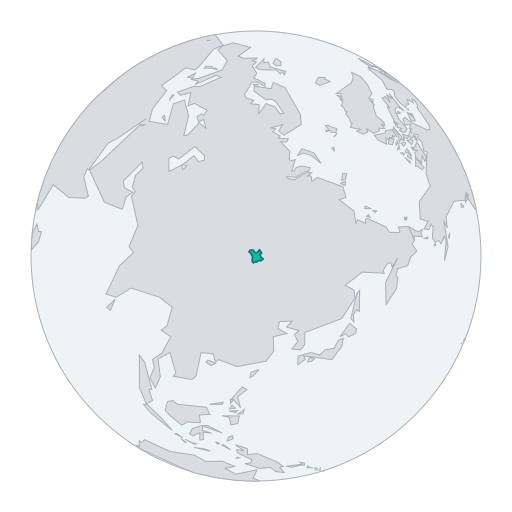 Dzavhan highlighted on a globe, orthographic projection, rotated 48°
{"feature_id": "MNG-3318", "entity_name": "Dzavhan", "entity_type": "Province", "adm_level": 1, "iso_a3": "MNG", "parent_name": "Mongolia", "parent_adm1": "", "projection": "orthographic", "projection_center": [96.384, 48.303], "detail": "fine", "context": "on_globe", "style": "filled", "palette": "teal", "viewbox_px": 512, "rotation_deg": 48, "n_neighbors": 0, "source": "natural_earth", "source_scale": "10m", "svg_char_len": 13800}
<svg xmlns="http://www.w3.org/2000/svg" viewBox="0 0 512 512"><g transform="rotate(48 256 256)"><circle cx="256" cy="256" r="225" fill="#eef3f6" stroke="#a8b0b8"/><path d="M367.7,60.4L368.2,61.9L354.7,59.8L352.5,57.2L349.5,57.4L352.1,60.9L354.5,63.2L347.8,72.2L354.1,88.6L363.2,95.2L355.6,93.0L377.6,107.1L385.6,119.1L372.2,104.8L367.5,102.9L370.7,110.3L366.6,110.0L365.8,113.7L360.5,112.8L353.1,105.1L349.6,104.5L352.1,109.9L348.4,112.8L345.2,104.9L338.5,109.3L324.9,98.3L320.7,79.7L308.8,74.7L293.0,59.2L290.1,60.7L282.2,56.5L276.0,56.9L274.8,54.4L270.8,57.0L273.1,59.3L272.1,61.3L268.6,61.9L266.5,58.6L267.9,57.8L265.5,57.2L266.0,55.3L263.8,56.6L261.7,52.8L258.6,57.5L252.6,55.3L252.6,52.6L259.4,51.6L276.2,44.7L278.3,42.5L274.5,39.8L253.0,36.9L252.5,35.3L246.9,34.0L244.0,35.1L247.4,36.7L240.7,38.9L245.6,41.0L243.6,42.4L246.0,45.5L238.3,46.5L229.6,45.9L227.3,43.6L223.4,43.4L219.6,47.1L209.6,44.7L193.0,47.0L191.2,46.5L198.4,42.2L213.3,38.0L222.6,34.4L209.2,38.4L204.9,37.9L201.1,38.7L197.0,39.9L195.7,40.9L192.7,41.3L204.9,37.0L207.8,36.5L203.9,37.7L210.9,36.0L219.1,33.9L216.3,34.3L220.5,33.5L237.4,31.5L254.3,30.7L271.2,31.2L288.1,33.0L304.7,36.1L321.1,40.3L337.2,45.8L352.7,52.5L367.7,60.4ZM458.8,158.4L457.3,156.0L457.0,154.8L458.8,158.4ZM457.1,156.3L457.5,156.8L457.3,156.8L457.1,156.3ZM457.5,157.6L457.2,156.7L457.7,158.0L457.5,157.6ZM458.3,159.7L457.8,158.4L457.9,158.7L458.3,159.7ZM458.7,162.0L458.7,162.5L458.1,161.0L458.7,162.0ZM356.3,64.4L352.6,61.0L351.7,58.3L355.3,61.0L356.3,64.4ZM357.2,70.7L354.3,68.8L357.9,68.0L358.5,69.3L357.2,70.7ZM370.6,100.3L368.4,96.5L372.0,100.3L370.6,100.3ZM366.6,114.3L368.5,115.6L367.3,117.0L366.6,114.3ZM250.0,44.9L248.0,45.2L248.6,44.4L250.0,44.9ZM252.9,46.0L255.0,44.9L256.7,45.3L255.3,46.0L252.9,46.0ZM358.1,117.1L355.5,119.1L356.9,115.6L358.1,117.1ZM249.9,47.3L259.4,46.2L262.3,47.0L259.7,50.3L249.9,47.3ZM353.1,119.4L346.9,125.0L350.7,128.1L336.4,122.8L346.4,119.6L347.5,114.7L349.6,118.4L353.1,119.4ZM275.3,59.8L272.7,57.3L278.1,58.9L275.3,59.8ZM279.0,60.3L296.8,63.1L298.9,67.3L292.5,65.3L297.7,70.7L289.9,71.3L285.3,68.5L285.5,65.6L282.3,68.2L279.0,60.3ZM329.5,119.3L326.8,119.6L328.2,117.8L329.5,119.3ZM272.1,62.2L275.5,62.2L277.5,65.8L271.0,66.4L272.4,65.0L272.1,62.2ZM302.9,71.9L303.2,74.9L297.0,76.1L296.3,77.5L289.9,71.7L302.9,71.9ZM270.2,64.5L267.6,66.7L263.5,65.6L268.9,62.4L270.2,64.5ZM280.8,66.6L281.4,68.4L278.9,67.5L280.8,66.6ZM247.5,63.6L251.5,63.2L252.9,65.0L247.5,63.6ZM266.9,67.6L268.4,68.0L269.4,68.7L266.9,69.9L266.9,67.6ZM285.9,73.2L283.2,73.2L288.2,75.6L283.7,76.9L280.3,72.8L279.9,75.1L278.5,75.6L277.2,71.9L285.9,73.2ZM267.4,73.5L261.4,69.2L253.6,69.3L252.1,67.6L265.0,67.9L267.4,73.5ZM273.3,72.8L269.3,72.8L269.5,70.6L272.4,69.2L273.3,72.8ZM282.0,79.3L289.7,78.3L290.2,79.3L282.0,79.3ZM265.0,73.9L266.5,74.9L264.5,74.2L265.0,73.9ZM276.7,78.0L279.4,77.5L279.9,78.6L276.7,78.0ZM267.3,77.6L265.4,76.2L267.2,75.1L267.3,77.6ZM271.6,78.1L271.6,79.8L269.1,75.6L272.7,77.7L271.6,78.1ZM276.7,79.2L277.9,79.6L275.5,79.2L276.7,79.2ZM261.2,82.6L257.6,77.6L261.8,75.2L264.7,80.3L261.2,82.6ZM59.5,145.8L64.1,138.3L77.4,139.3L73.9,149.2L77.2,172.4L76.5,177.1L69.2,182.3L66.2,212.4L73.3,211.7L77.4,234.4L84.5,245.2L99.1,233.6L87.6,215.5L92.3,204.7L107.0,212.7L118.2,229.2L120.4,225.6L119.0,209.3L127.4,207.7L119.3,203.3L118.2,209.1L113.1,206.8L113.7,201.4L116.7,200.9L115.0,194.8L101.4,199.6L99.0,206.0L90.9,195.1L86.0,204.8L81.8,204.6L88.5,188.1L92.3,184.8L99.9,162.5L95.1,164.8L87.7,186.3L87.4,182.1L81.0,186.1L85.7,179.8L95.1,156.5L91.7,146.6L77.3,146.5L77.5,140.3L82.1,130.6L97.5,120.3L95.5,135.5L100.9,132.8L110.0,122.3L108.6,128.0L112.1,125.9L112.1,131.5L120.8,133.2L122.1,138.5L133.8,133.6L136.0,135.9L128.5,138.0L124.0,142.6L128.4,156.6L131.7,157.6L138.9,153.5L139.2,158.2L145.6,152.4L152.2,158.7L149.5,146.5L157.9,142.1L166.4,143.1L168.6,139.7L154.9,138.1L149.8,139.5L146.3,144.1L132.1,147.1L128.8,143.6L141.8,132.8L138.6,127.0L150.2,121.8L180.2,128.2L188.5,134.3L185.0,154.3L178.3,155.4L176.2,148.5L170.6,159.3L174.7,156.2L174.9,160.4L183.0,157.8L183.6,160.6L190.3,153.5L191.9,156.8L187.6,161.2L200.9,160.8L206.5,166.9L209.2,165.5L210.6,162.3L216.7,172.4L218.4,171.0L217.1,167.1L219.7,161.8L226.7,156.6L228.5,160.4L226.2,162.7L224.0,173.8L217.6,179.9L219.0,181.0L225.0,176.6L227.7,163.1L231.4,158.9L231.1,165.2L231.5,162.6L233.9,161.8L237.9,164.6L238.7,157.8L262.7,145.1L272.8,149.9L269.8,156.5L288.4,153.2L298.4,159.9L297.1,156.1L305.2,152.6L302.2,150.5L302.2,148.4L321.6,139.8L327.5,141.1L334.4,134.1L333.7,132.3L329.7,130.8L336.4,122.8L350.7,128.1L351.4,131.9L359.9,133.1L360.3,141.7L364.6,149.7L360.2,159.2L364.0,165.1L366.9,164.9L374.2,173.3L379.2,191.8L362.4,177.4L352.3,152.0L355.3,162.1L350.9,160.2L349.6,164.2L352.0,171.6L354.7,172.2L339.1,187.8L337.4,209.4L346.8,205.8L353.5,210.4L359.8,234.2L345.6,270.8L354.5,279.2L355.6,285.7L349.2,291.4L347.4,282.0L340.1,280.0L340.0,274.1L329.2,280.9L328.6,272.7L320.4,282.4L324.5,288.2L334.3,284.9L327.5,297.4L338.6,306.4L340.8,319.1L325.4,344.2L308.2,353.0L307.3,356.9L300.0,353.3L291.0,361.5L305.1,380.7L304.9,386.3L290.0,398.0L289.5,394.0L270.2,384.5L267.0,397.8L281.7,407.9L286.7,419.2L275.6,416.2L270.5,405.9L263.6,402.2L265.2,391.0L258.9,373.3L247.7,376.1L248.3,368.8L238.0,352.5L221.7,355.5L196.1,370.4L193.0,387.7L183.9,392.9L171.9,363.7L171.5,344.8L164.0,344.0L154.2,323.2L128.3,308.7L127.4,302.5L121.9,301.7L115.5,291.4L115.2,281.3L110.0,277.8L111.5,304.4L117.4,308.2L126.2,304.8L125.2,312.8L131.8,324.1L114.5,332.7L80.7,322.2L82.1,308.0L80.9,255.8L83.6,252.7L83.8,252.1L84.0,251.2L79.1,255.3L80.4,245.5L76.0,279.0L73.2,290.5L80.1,322.6L78.3,323.1L82.0,331.2L99.5,340.6L98.5,344.5L87.4,355.8L67.3,359.1L72.7,376.6L75.9,387.2L69.5,382.0L75.0,390.1L65.0,375.4L56.2,360.1L48.6,344.0L42.3,327.4L37.4,310.4L33.8,293.0L31.6,275.4L31.0,266.0L31.4,258.0L31.7,249.7L31.4,243.4L32.2,233.6L32.5,228.9L33.3,221.9L36.3,206.0L40.5,190.4L45.8,175.1L52.1,160.2L59.5,145.8ZM65.4,145.4L63.3,147.7L63.3,147.8L65.4,145.4ZM125.0,255.2L134.9,264.2L138.8,250.2L142.9,252.7L142.8,247.2L139.1,249.2L139.9,235.0L147.2,235.7L150.3,230.3L147.1,227.1L133.7,228.2L132.3,248.4L126.5,250.6L125.0,255.2ZM204.2,38.1L203.1,38.5L198.8,39.6L200.5,38.9L204.2,38.1ZM181.8,47.1L177.4,47.6L181.7,46.5L183.2,45.3L194.1,41.9L190.9,46.1L190.4,44.7L181.8,47.1ZM207.8,39.2L201.2,40.5L208.5,39.0L207.8,39.2ZM131.0,109.9L128.2,113.6L124.1,114.4L122.4,108.9L128.4,107.5L131.0,109.9ZM125.3,118.8L138.7,110.3L140.3,113.8L137.1,113.2L136.8,116.3L131.7,116.3L120.1,128.4L115.6,130.0L114.9,118.2L117.6,121.0L120.1,117.0L125.3,118.8ZM170.2,86.6L176.0,84.0L171.9,94.7L167.0,95.9L164.9,90.1L169.6,85.4L170.2,86.6ZM243.4,53.8L245.9,52.9L246.5,53.7L244.8,55.1L243.4,53.8ZM249.3,63.3L233.1,58.7L235.1,57.3L223.2,56.8L223.9,53.3L231.6,53.6L223.2,50.8L230.5,49.7L224.2,48.3L241.3,49.4L247.5,48.7L240.3,50.8L239.5,54.0L240.9,55.2L249.8,58.2L262.7,58.6L263.9,62.3L261.3,64.8L258.4,65.2L258.5,62.6L254.6,65.1L252.5,61.7L249.3,63.3ZM230.6,97.6L232.0,93.4L223.7,99.8L221.6,95.6L220.8,96.6L216.5,94.6L210.0,94.1L210.0,91.9L207.4,92.7L204.6,91.5L201.1,92.0L199.9,88.3L195.5,88.6L197.5,86.8L190.2,88.3L195.1,85.6L191.9,84.2L188.9,87.6L191.2,69.3L188.5,64.4L183.5,62.1L192.5,58.3L203.0,58.4L212.8,61.2L214.2,66.7L218.0,64.2L219.8,66.3L216.0,67.3L223.0,66.9L223.4,68.9L232.2,72.8L241.9,71.4L245.3,73.0L241.7,74.6L247.6,75.1L243.3,79.2L245.6,80.6L243.6,86.2L235.4,88.8L238.7,90.1L237.3,94.7L230.6,97.6ZM260.4,84.2L251.0,87.7L245.3,87.3L251.1,77.8L249.6,76.0L253.1,70.4L261.4,71.2L259.6,72.7L259.8,74.3L257.2,73.4L259.4,75.4L257.1,77.6L258.2,79.9L254.8,80.4L260.4,84.2ZM79.8,177.7L80.0,180.6L81.3,184.2L77.3,187.1L79.8,177.7ZM85.9,161.7L86.7,163.5L81.7,168.8L81.5,166.0L85.9,161.7ZM91.5,160.2L87.2,163.2L89.4,159.9L91.5,160.2ZM129.7,139.5L131.1,141.4L129.5,142.8L126.8,143.2L129.7,139.5ZM205.5,117.2L207.2,114.5L208.6,114.7L215.6,110.7L217.7,113.7L214.3,117.3L205.5,117.2ZM94.7,233.2L90.1,233.0L90.2,229.9L91.7,230.5L94.7,233.2ZM81.4,209.2L82.4,216.7L80.3,209.9L81.4,209.2ZM209.0,119.9L211.6,117.8L211.0,120.6L209.0,119.9ZM219.6,115.8L219.7,118.8L218.8,113.7L219.6,115.8ZM99.9,408.3L101.2,418.7L94.3,412.4L89.0,405.8L85.7,397.4L92.3,401.2L94.4,399.1L99.9,408.3ZM341.3,434.0L347.6,432.8L347.3,433.5L341.3,434.0ZM334.8,433.7L342.1,432.0L333.4,435.3L334.8,433.7ZM344.9,431.3L352.4,428.1L355.6,426.1L354.9,427.5L344.9,431.3ZM329.7,434.9L302.0,439.3L290.9,438.8L293.6,436.3L311.6,434.8L329.7,434.9ZM292.7,436.4L275.7,430.7L251.7,409.1L260.3,409.8L285.2,422.5L283.7,424.8L294.0,429.6L292.7,436.4ZM333.7,417.7L332.0,424.4L316.8,426.7L309.8,426.8L305.0,419.1L307.7,414.4L313.5,413.7L335.2,394.1L342.9,396.3L336.3,404.4L342.6,408.9L333.7,417.7ZM193.9,389.6L199.0,400.7L194.1,401.2L193.9,389.6ZM343.6,380.4L335.1,389.8L342.7,378.1L343.6,380.4ZM347.9,369.7L348.6,373.5L344.9,370.6L347.9,369.7ZM307.5,362.7L301.4,364.3L301.1,361.4L308.6,357.6L307.5,362.7ZM342.4,329.7L343.1,338.7L342.2,342.0L339.1,337.3L342.4,329.7ZM230.7,145.7L218.6,147.6L211.3,151.6L209.3,157.8L206.9,150.2L218.1,144.0L230.7,145.7ZM258.5,144.6L260.1,139.7L262.9,141.6L262.9,143.0L258.5,144.6ZM257.1,141.8L252.6,136.4L255.7,133.5L258.7,138.3L257.1,141.8ZM230.3,127.4L226.6,127.6L227.2,125.3L230.3,127.4ZM378.7,444.9L381.2,443.3L376.3,446.5L373.6,448.1L372.5,448.6L366.0,451.9L324.0,470.1L315.6,472.1L319.4,470.1L315.0,466.4L317.9,465.9L318.1,461.6L343.9,450.6L362.9,435.0L375.3,430.6L385.8,418.5L398.0,412.7L393.3,420.8L404.6,417.2L415.6,398.3L419.2,406.9L425.2,403.8L423.9,406.2L410.0,420.4L394.9,433.4L378.7,444.9ZM460.5,350.5L460.7,350.2L460.5,350.5ZM460.4,350.8L461.5,348.3L460.9,349.7L460.4,350.8ZM457.1,353.1L457.9,351.2L458.2,351.3L457.1,353.1ZM356.9,430.0L365.9,422.7L370.6,420.6L356.9,430.0ZM456.3,353.1L454.3,355.7L454.7,354.6L456.3,353.1ZM456.7,351.0L456.7,350.1L457.4,351.1L456.7,351.0ZM453.2,353.5L455.4,352.4L452.9,354.1L453.2,353.5ZM451.7,355.7L449.9,356.9L450.1,356.4L451.7,355.7ZM428.9,379.6L435.8,380.0L429.6,385.4L422.9,386.7L416.6,395.1L402.9,403.1L406.3,398.5L404.7,395.4L390.0,401.4L387.0,400.0L392.5,395.5L382.4,397.7L393.4,391.3L397.8,395.2L403.9,387.2L414.1,382.4L423.6,378.0L430.7,376.5L428.9,379.6ZM393.1,404.3L394.9,403.4L393.2,405.9L393.1,404.3ZM446.5,357.9L449.1,357.5L448.7,358.6L447.4,359.7L446.5,357.9ZM432.5,374.2L440.4,362.7L442.1,361.2L436.8,371.1L432.5,374.2ZM438.7,361.3L442.1,358.7L443.8,359.7L443.1,361.1L438.7,361.3ZM370.6,408.7L370.1,410.5L367.1,410.3L370.6,408.7ZM374.4,406.3L383.2,404.5L373.6,408.0L374.4,406.3ZM346.9,409.3L349.6,412.6L358.1,407.5L351.6,413.2L357.2,417.9L355.1,420.9L349.6,415.7L347.4,423.3L343.6,424.2L341.7,418.7L345.6,409.9L349.4,405.6L364.7,399.6L346.9,409.3ZM374.4,401.4L372.1,397.5L373.8,393.6L376.4,395.2L374.4,401.4ZM364.7,387.8L358.1,383.8L352.3,387.8L363.7,375.5L368.3,381.6L364.7,387.8ZM358.7,375.9L353.3,379.7L358.7,372.9L358.7,375.9ZM351.8,378.0L350.9,373.7L355.3,373.1L351.8,378.0ZM361.5,375.3L362.1,367.3L364.5,371.1L361.5,375.3ZM348.3,363.9L358.2,368.9L345.8,369.0L344.0,353.8L349.2,352.1L348.3,363.9ZM369.1,288.6L367.1,284.0L371.4,281.2L371.6,285.1L369.1,288.6ZM383.7,268.9L371.9,279.0L362.2,287.4L365.8,288.5L364.8,297.8L358.6,291.6L364.5,279.7L372.1,274.9L372.0,267.2L376.8,259.9L373.8,251.2L375.5,246.2L380.6,252.7L383.7,268.9ZM372.2,247.7L368.7,231.5L377.4,230.1L380.1,233.4L378.0,241.3L373.6,241.5L372.2,247.7ZM370.4,227.3L366.0,227.4L351.7,206.6L350.8,201.9L366.4,216.4L363.1,217.5L365.0,223.0L370.4,227.3ZM328.3,121.5L327.0,119.8L329.5,120.6L328.3,121.5ZM300.4,147.3L300.8,144.7L303.8,145.5L300.4,147.3ZM303.6,138.1L300.0,139.0L303.1,136.4L303.6,138.1ZM292.0,141.4L298.2,138.6L293.3,143.6L292.0,141.4Z" fill="#d9dde1" stroke="#a8b0b8" stroke-width="1"/><path d="M254.6,249.2L254.7,249.3L254.8,249.4L254.8,249.5L255.0,249.5L255.0,249.4L255.6,249.5L255.8,249.7L255.9,249.8L256.0,249.8L256.2,249.7L256.3,249.6L256.4,249.8L256.5,249.9L256.7,249.7L256.8,249.7L257.5,249.8L257.7,250.0L257.8,250.1L257.8,250.3L257.9,250.5L257.6,250.7L257.4,250.9L257.3,251.0L257.2,251.3L257.2,251.5L257.3,251.8L257.9,252.3L258.0,252.4L258.7,252.4L258.9,252.4L259.1,252.5L259.9,253.1L260.1,253.1L260.3,253.0L260.6,253.0L261.0,253.0L261.3,253.1L261.5,253.2L261.8,253.1L261.9,252.9L262.1,252.6L262.9,252.5L263.0,252.7L263.0,253.2L263.1,253.4L263.1,253.6L263.1,253.9L263.1,254.0L262.9,254.5L262.9,254.8L263.1,255.5L262.3,256.1L262.1,256.2L262.0,256.3L261.9,256.5L261.7,256.6L261.0,256.7L260.9,256.8L260.7,256.9L260.7,257.1L260.8,257.5L260.8,257.8L260.7,258.2L260.7,258.3L260.8,258.4L260.9,258.5L261.3,258.5L261.3,258.8L261.2,259.0L261.0,259.3L261.0,259.5L260.9,259.8L260.7,260.1L260.4,260.2L260.2,260.3L259.9,260.4L259.9,260.5L259.5,262.1L259.4,262.3L259.4,262.6L259.2,262.6L258.8,262.4L258.7,262.4L258.6,262.5L258.4,262.7L258.2,262.7L257.8,262.7L257.6,262.6L257.6,262.4L257.4,262.1L257.3,261.9L257.2,261.8L257.2,261.5L257.0,261.4L256.9,261.4L256.1,261.6L256.0,261.3L255.9,261.2L255.8,260.8L255.8,260.7L255.6,260.5L255.6,260.4L255.5,260.2L255.4,260.0L255.2,260.0L254.2,259.3L254.1,259.2L253.9,259.0L253.7,258.9L252.9,258.8L252.7,258.9L252.5,258.7L252.4,258.6L252.3,258.4L252.0,258.4L251.9,258.4L251.7,258.4L251.4,258.4L251.0,258.4L250.7,258.2L250.4,258.1L250.2,258.0L249.9,258.0L249.7,258.2L249.3,258.3L249.0,258.4L248.3,258.5L248.1,258.1L247.8,257.6L247.8,257.4L247.8,257.2L247.7,257.0L247.6,256.7L247.8,256.6L248.0,256.4L248.3,256.1L248.4,255.9L248.4,255.7L248.5,255.7L248.4,255.5L248.5,255.1L248.7,254.9L248.8,254.8L249.0,254.6L250.2,253.9L250.3,254.0L251.0,254.3L251.4,254.3L251.5,254.3L251.9,254.4L252.3,254.4L252.7,254.3L253.0,254.1L253.4,253.9L253.5,253.8L253.8,253.8L253.9,253.6L253.9,253.4L253.9,253.2L254.0,253.0L254.0,252.9L254.0,252.7L254.2,252.0L254.2,251.8L254.2,251.7L253.9,251.4L253.7,251.1L253.7,250.9L253.6,250.7L253.7,250.4L253.7,250.1L253.7,249.9L253.7,249.7L253.8,249.8L253.8,249.7L254.0,249.6L254.3,249.5L254.4,249.3L254.5,249.3L254.6,249.2Z" fill="#14b8a6" stroke="#0f766e" stroke-width="1.5"/></g></svg>